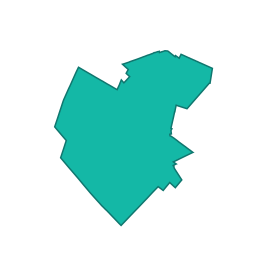 Villa Unión, Coahuila, Mexico, rotated 26°
{"feature_id": "50627088B60312682386501", "entity_name": "Villa Unión", "entity_type": "district", "adm_level": 2, "iso_a3": "MEX", "parent_name": "Mexico", "parent_adm1": "Coahuila", "projection": "albers", "projection_center": [-100.748, 28.099], "detail": "fine", "context": "isolated", "style": "filled", "palette": "teal", "viewbox_px": 256, "rotation_deg": 26, "n_neighbors": 0, "source": "geoboundaries", "source_scale": "gbopen_adm2", "svg_char_len": 2794}
<svg xmlns="http://www.w3.org/2000/svg" viewBox="0 0 256 256"><g transform="rotate(26 128 128)"><path d="M164.5,218.6L168.3,206.7L170.3,200.5L172.7,193.1L175.0,185.8L175.7,183.7L178.2,175.5L180.8,167.5L187.0,168.7L187.9,164.9L189.0,160.4L189.4,158.7L194.6,160.3L194.9,160.4L196.7,160.9L196.8,160.4L199.1,151.1L188.2,144.5L186.9,143.6L186.0,142.2L185.5,142.2L185.1,142.1L185.0,141.9L185.2,141.7L187.0,139.3L187.1,139.2L183.6,138.6L188.5,132.3L192.5,127.2L197.0,121.5L196.9,121.5L196.3,121.3L195.2,121.1L194.9,121.1L194.7,121.0L194.2,120.9L193.8,120.8L192.3,120.6L191.9,120.5L191.5,120.4L191.1,120.4L190.9,120.3L190.3,120.2L189.8,120.1L189.2,120.0L188.0,119.7L187.2,119.6L179.5,118.2L177.9,117.8L174.3,117.1L173.8,117.0L171.5,116.7L170.9,116.5L169.2,116.6L168.3,115.3L168.4,115.2L168.5,115.1L168.8,114.9L169.0,114.7L169.3,114.5L169.6,114.3L168.8,113.1L167.7,111.4L167.8,109.4L166.7,109.4L164.1,98.2L162.8,93.0L163.0,92.9L162.1,89.7L161.3,86.4L161.9,86.3L163.0,86.2L163.7,86.1L164.4,86.0L172.6,84.8L174.1,79.3L176.0,72.2L179.5,59.3L181.4,52.2L182.1,51.8L177.7,37.4L171.6,37.6L165.4,37.8L165.2,37.8L164.5,37.8L164.2,37.9L163.4,37.9L162.7,37.9L162.2,37.9L161.7,37.9L161.3,37.9L160.8,37.9L160.5,38.0L160.0,38.0L159.5,38.0L159.3,38.0L159.2,38.0L158.8,38.0L158.5,38.0L158.0,38.0L157.8,38.0L157.5,38.1L157.2,38.1L155.9,38.1L154.1,38.2L153.7,38.2L153.4,38.2L153.1,38.2L152.9,38.2L152.4,38.2L152.2,38.2L151.9,38.3L151.6,38.3L151.3,38.3L150.6,38.3L146.3,38.4L143.4,38.5L143.4,42.8L139.0,42.1L139.1,43.3L134.2,42.3L131.7,41.7L130.2,41.4L129.6,41.5L129.4,41.6L127.3,42.4L126.7,43.1L126.1,43.6L125.4,44.3L124.7,44.9L124.5,45.1L124.4,45.2L124.3,45.4L123.9,45.7L123.6,46.0L123.2,46.4L122.5,45.4L122.2,45.7L121.9,45.9L121.3,46.3L121.1,46.5L120.9,46.7L120.7,46.9L119.8,47.8L119.2,48.4L119.1,48.5L118.5,48.7L117.6,50.1L116.2,51.5L115.6,52.2L115.5,52.3L114.7,53.1L113.8,53.9L112.4,55.4L112.4,55.5L111.7,56.2L111.6,56.3L111.2,56.7L110.6,57.3L110.2,57.7L109.7,58.3L105.6,62.6L100.6,67.6L100.4,68.0L95.8,72.5L95.1,73.1L95.4,73.2L96.5,73.5L96.8,73.6L97.1,73.7L97.4,73.8L97.6,73.8L97.9,73.9L98.3,74.1L99.1,74.3L102.6,75.3L102.4,78.6L102.4,79.7L105.3,80.6L107.0,81.1L104.9,88.0L104.5,89.2L100.9,87.7L101.1,90.9L101.3,92.8L101.3,93.6L101.4,98.3L98.1,98.1L95.6,97.9L94.6,97.8L94.2,97.8L91.7,97.6L90.8,97.6L87.0,97.3L85.0,97.1L82.5,97.0L80.0,96.8L79.9,96.8L76.8,96.6L70.7,96.1L69.0,96.0L66.2,95.8L56.9,95.1L56.9,100.1L57.0,103.6L57.4,115.5L57.4,118.4L57.5,121.5L57.7,127.3L57.8,130.6L58.0,132.6L58.8,138.4L59.6,144.3L60.4,149.9L61.6,159.1L64.5,160.4L70.4,163.0L78.0,166.3L79.4,176.1L80.5,184.3L92.7,189.7L93.4,190.0L105.7,195.3L112.7,198.5L115.0,199.5L123.1,203.1L128.0,205.1L137.7,209.0L137.8,209.1L143.9,211.2L144.8,211.4L151.8,214.0L162.1,217.8L164.5,218.6Z" fill="#14b8a6" stroke="#0f766e" stroke-width="1.5"/></g></svg>